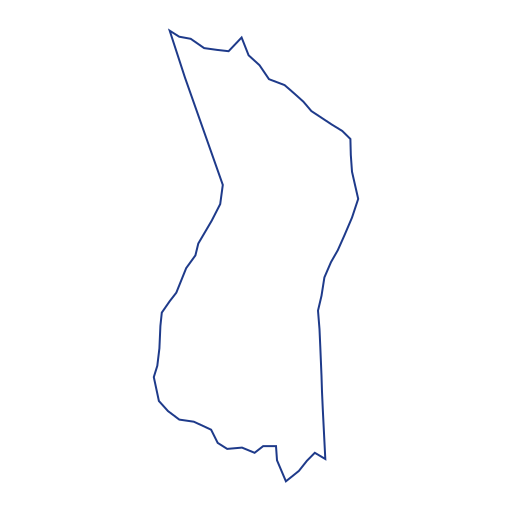 the district of Cachoeirinha, Rio Grande do Sul, Brazil
{"feature_id": "56859067B54299641019683", "entity_name": "Cachoeirinha", "entity_type": "district", "adm_level": 2, "iso_a3": "BRA", "parent_name": "Brazil", "parent_adm1": "Rio Grande do Sul", "projection": "equal_earth", "projection_center": [-51.095, -29.919], "detail": "fine", "context": "isolated", "style": "outline", "palette": "blue", "viewbox_px": 512, "rotation_deg": 0, "n_neighbors": 0, "source": "geoboundaries", "source_scale": "gbopen_adm2", "svg_char_len": 894}
<svg xmlns="http://www.w3.org/2000/svg" viewBox="0 0 512 512"><path d="M325.3,459.0L322.8,409.5L322.0,391.7L321.5,375.9L320.3,347.1L319.5,329.2L318.0,310.6L321.5,295.8L324.4,277.4L331.0,262.1L337.8,250.2L344.4,235.4L352.0,217.6L358.2,198.9L355.3,186.2L352.0,171.7L350.8,154.9L350.4,139.0L342.3,131.0L331.4,124.3L311.4,111.1L303.4,101.7L294.5,93.7L284.6,85.1L269.0,79.2L259.5,65.2L248.6,55.3L241.6,37.5L228.6,51.2L217.1,49.9L204.1,48.1L190.7,38.8L179.2,36.7L169.7,30.7L184.9,77.4L222.8,184.9L220.2,204.1L211.7,220.7L198.3,243.5L195.4,255.4L186.2,268.1L176.3,292.7L169.7,301.2L161.8,312.6L160.4,325.9L159.4,348.4L157.3,365.8L153.8,377.1L158.9,401.0L168.0,411.1L179.3,419.6L193.8,421.7L211.1,429.7L217.7,442.9L227.2,448.9L242.0,447.6L254.6,452.8L263.2,446.1L276.0,446.1L277.0,460.3L285.9,481.3L298.9,470.9L306.9,460.8L314.8,452.8L325.3,459.0Z" fill="none" stroke="#1e3a8a" stroke-width="2"/></svg>